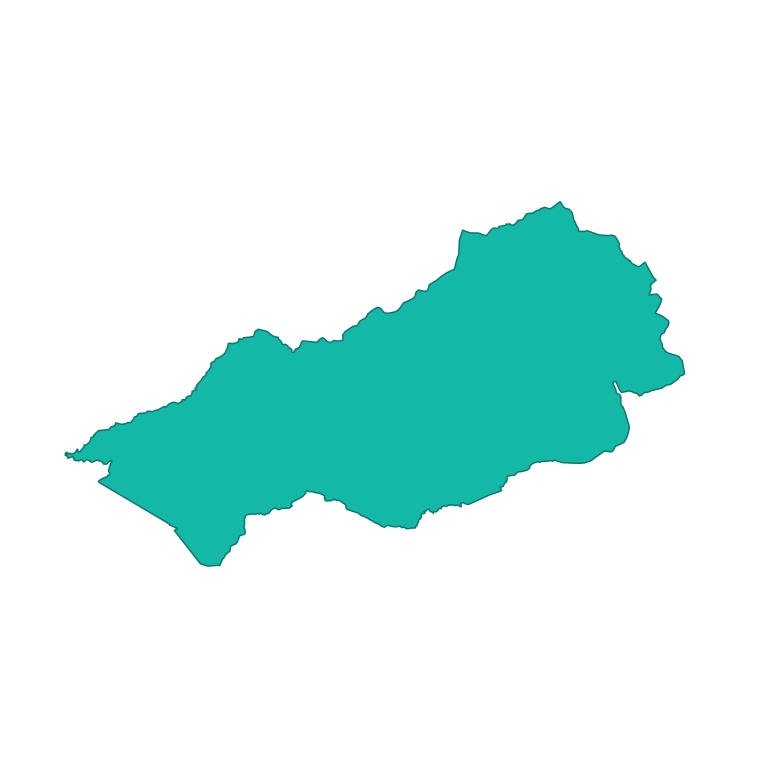 Maynas, Loreto, Peru, rotated 287°
{"feature_id": "86281439B40534422566691", "entity_name": "Maynas", "entity_type": "district", "adm_level": 2, "iso_a3": "PER", "parent_name": "Peru", "parent_adm1": "Loreto", "projection": "robinson", "projection_center": [-74.266, -2.675], "detail": "fine", "context": "isolated", "style": "filled", "palette": "teal", "viewbox_px": 768, "rotation_deg": 287, "n_neighbors": 0, "source": "geoboundaries", "source_scale": "gbopen_adm2", "svg_char_len": 6170}
<svg xmlns="http://www.w3.org/2000/svg" viewBox="0 0 768 768"><g transform="rotate(287 384 384)"><path d="M447.3,631.6L448.7,633.7L450.0,634.0L452.0,635.7L453.1,638.6L456.3,642.3L461.2,650.8L465.3,654.2L467.7,658.4L474.2,663.4L478.3,664.9L479.9,667.1L481.8,668.4L493.5,662.4L496.6,657.6L496.7,646.6L497.8,643.2L500.1,640.1L503.7,638.1L506.4,635.6L509.0,634.5L512.6,634.6L515.5,637.2L518.2,637.1L522.8,638.8L526.1,638.5L527.7,637.4L529.9,631.5L530.8,627.1L531.0,622.7L541.4,624.9L546.3,624.8L549.9,618.8L546.8,611.6L552.7,611.6L555.0,610.4L557.7,610.3L562.9,613.8L564.9,610.2L576.5,598.3L576.3,597.6L571.4,594.3L570.4,592.5L571.8,585.8L573.9,583.2L573.5,582.1L574.5,581.3L575.5,577.2L576.6,576.3L577.5,574.6L580.5,572.3L581.4,570.0L582.6,570.0L584.1,568.5L586.6,568.4L590.1,565.1L593.0,561.3L592.9,558.0L591.6,555.5L589.4,546.1L590.0,533.1L588.6,531.5L586.9,525.5L589.7,524.3L590.3,523.2L597.0,517.2L602.8,513.9L605.2,510.1L605.0,506.0L606.1,503.3L609.6,499.7L609.7,499.0L600.7,492.4L599.9,491.1L599.9,486.0L597.4,482.5L595.3,481.1L595.1,480.0L594.3,479.2L590.6,476.0L590.2,474.1L588.2,470.4L582.7,468.9L581.3,467.9L579.6,464.1L578.5,464.1L574.2,462.0L573.2,459.4L574.0,457.3L573.0,456.0L572.8,454.3L571.3,453.8L568.3,448.0L566.9,447.9L565.8,446.7L565.3,443.3L562.8,441.3L556.2,438.9L555.5,436.3L556.0,430.6L553.7,422.2L554.0,414.2L543.7,414.0L529.9,417.6L524.6,417.2L514.5,417.8L509.0,411.7L503.4,407.1L499.0,404.4L493.0,398.9L491.5,398.3L487.1,398.5L485.4,397.6L484.4,395.4L484.0,390.1L483.2,388.8L480.8,387.8L477.7,388.1L475.3,387.4L471.2,383.7L467.6,379.1L460.5,376.8L456.6,374.2L453.1,367.9L452.2,364.6L453.1,361.8L455.3,359.0L455.5,356.1L455.0,354.8L451.0,351.2L446.3,348.0L441.9,347.2L437.3,342.7L431.8,341.1L430.1,337.4L422.9,331.7L418.8,330.2L417.4,330.5L415.4,332.0L413.1,330.9L411.9,328.4L410.8,323.1L408.4,321.4L407.8,319.5L408.0,317.5L410.1,313.2L410.2,311.7L408.1,309.5L404.8,308.1L404.0,306.8L401.5,293.7L400.2,292.9L394.5,292.5L392.8,291.0L391.9,289.4L390.7,289.5L389.6,288.5L388.6,288.8L387.3,287.5L387.6,286.6L390.1,285.5L391.3,281.7L392.4,280.7L393.1,278.4L392.3,276.2L392.7,274.8L395.0,272.8L395.6,270.8L397.7,269.0L397.2,265.2L397.9,262.1L400.1,256.7L399.6,247.9L396.5,245.3L391.5,245.3L390.5,244.0L390.4,243.0L389.2,241.7L389.0,240.3L387.0,236.0L385.6,235.3L385.0,234.3L385.0,232.2L382.3,232.3L380.7,231.5L378.3,227.3L377.7,223.9L376.8,223.2L373.7,223.8L366.9,222.8L362.8,220.3L359.0,215.9L356.2,215.2L355.0,213.5L353.5,212.6L352.0,212.4L350.3,213.7L345.7,212.3L342.6,210.7L340.2,211.2L337.9,209.0L334.6,208.2L327.9,205.2L326.6,205.6L324.9,204.6L324.3,205.6L323.0,205.6L322.8,204.6L320.6,202.7L318.9,203.2L316.8,202.9L314.1,199.2L310.7,198.2L310.0,195.7L308.0,195.4L305.1,193.0L305.3,188.9L303.4,185.7L301.7,184.0L298.6,182.6L298.2,180.3L292.9,175.1L291.6,172.4L290.1,171.3L288.9,165.8L286.8,164.8L284.0,157.9L281.0,157.0L279.7,155.1L277.2,154.7L273.0,152.9L272.2,150.3L270.5,148.5L268.8,145.2L268.3,138.8L265.5,138.8L263.4,135.8L262.3,135.0L260.0,134.4L256.0,124.7L252.3,122.5L251.2,122.4L250.8,121.5L250.1,121.4L249.0,122.1L247.1,119.5L243.9,119.8L241.5,119.0L238.6,117.0L237.9,116.1L238.2,115.2L237.0,115.6L230.6,113.2L229.8,112.3L229.8,111.1L231.4,110.7L231.9,109.7L228.5,108.8L226.0,106.7L225.6,105.7L226.1,104.2L224.6,102.0L225.4,101.9L225.8,100.7L225.2,100.8L225.0,100.1L224.7,100.5L224.1,99.6L223.5,100.1L223.8,100.8L222.7,100.2L222.5,101.8L220.7,103.4L221.9,105.6L223.8,107.4L223.6,108.0L221.8,108.9L220.6,110.5L221.2,114.5L223.4,116.9L223.1,117.9L221.8,118.9L221.7,119.8L224.7,121.8L224.9,123.3L223.7,126.9L224.2,128.4L227.1,131.3L227.3,136.0L226.9,137.6L225.5,139.1L226.1,141.9L229.5,144.0L231.1,145.9L229.3,146.6L228.3,145.8L220.5,145.8L219.0,147.1L218.8,148.0L217.3,148.2L215.7,146.5L214.6,146.5L210.9,142.0L208.7,140.1L207.5,139.4L206.6,140.2L188.0,217.2L187.1,219.8L186.5,220.2L185.6,228.2L184.8,228.7L184.3,227.5L182.5,226.5L158.4,261.0L158.3,268.8L161.7,277.3L162.3,280.0L168.0,280.5L172.6,282.2L174.1,282.2L179.1,285.5L183.9,284.7L188.2,289.3L190.3,290.0L195.3,290.2L196.9,290.7L199.5,294.5L200.4,294.9L203.7,293.8L206.3,291.9L210.1,291.5L212.7,290.2L217.5,290.2L218.8,291.0L221.2,295.9L221.5,298.6L223.2,300.8L222.8,302.5L224.4,303.8L223.7,306.0L224.0,308.5L225.1,309.0L226.7,311.8L230.6,312.9L233.5,315.8L233.9,317.1L232.9,318.6L233.1,320.4L235.2,322.6L237.6,329.7L240.7,331.9L241.6,330.2L244.1,330.8L252.3,338.9L256.7,341.1L258.7,340.8L259.5,341.4L259.1,343.5L260.1,347.1L260.0,350.0L260.6,353.9L260.0,359.9L256.7,360.6L255.5,361.8L255.2,363.0L256.9,367.3L258.0,368.9L259.1,369.4L258.9,372.6L259.6,375.6L258.0,380.0L257.6,382.1L256.4,383.2L254.4,383.9L253.2,385.4L253.1,396.8L251.7,400.2L251.2,405.8L248.6,416.9L248.7,418.5L247.1,424.2L247.4,426.7L248.9,427.5L249.9,429.2L250.1,433.4L251.1,438.0L252.7,440.0L251.9,443.4L253.1,444.9L252.2,447.6L253.2,450.6L254.4,452.3L254.4,453.8L255.2,454.6L255.6,456.1L257.2,456.1L258.4,457.0L259.7,456.7L261.5,457.4L264.0,457.0L265.4,457.4L265.7,458.3L266.1,458.0L267.6,458.8L269.9,457.5L271.6,458.8L271.5,459.6L272.3,460.7L273.3,460.7L273.8,459.9L274.6,461.1L276.5,462.1L277.4,463.5L275.5,465.7L275.7,467.0L275.0,468.7L275.5,468.5L276.7,469.6L276.8,470.9L277.7,471.8L278.8,472.5L280.0,472.4L281.3,473.6L281.5,475.1L282.7,475.0L284.8,476.2L285.2,479.2L286.1,480.4L287.5,480.9L287.2,481.9L288.4,484.7L288.5,487.4L289.9,490.4L288.9,492.6L289.3,493.6L292.4,492.5L294.0,494.6L293.4,495.5L293.1,498.5L294.0,500.6L309.3,518.0L315.6,526.8L317.0,527.4L319.5,525.1L320.0,526.7L321.2,528.0L324.6,528.3L325.3,529.4L326.9,529.8L327.2,529.2L328.0,529.7L330.9,529.1L332.0,529.5L333.0,530.7L335.0,535.7L339.0,537.7L340.4,541.1L343.4,545.9L345.9,547.9L348.2,547.4L351.6,549.5L354.8,554.0L354.4,555.2L356.2,557.8L358.3,563.8L359.2,564.8L359.7,568.3L361.0,569.1L361.0,577.8L365.2,593.9L367.2,598.8L370.5,603.8L384.5,614.5L385.3,620.7L386.3,621.9L388.2,622.9L392.1,623.5L398.2,630.5L402.9,631.7L408.9,631.9L413.5,631.4L415.7,630.6L427.9,622.5L431.5,619.5L433.8,616.4L441.4,614.1L442.8,612.1L443.3,609.0L447.1,606.8L451.6,602.5L454.3,604.4L454.3,605.1L448.6,609.7L446.4,612.0L445.5,613.9L448.8,619.8L449.2,622.3L448.7,626.5L449.1,628.6L447.3,631.6Z" fill="#14b8a6" stroke="#0f766e" stroke-width="1.5"/></g></svg>